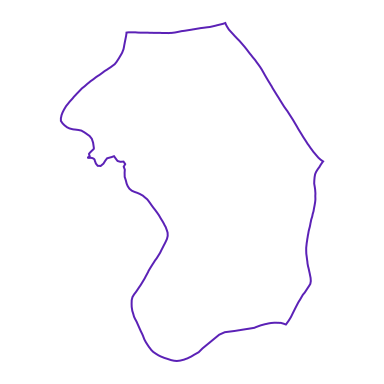 outline of Daw'an, Hadramawt, Yemen
{"feature_id": "15242507B41313951038201", "entity_name": "Daw'an", "entity_type": "district", "adm_level": 2, "iso_a3": "YEM", "parent_name": "Yemen", "parent_adm1": "Hadramawt", "projection": "orthographic", "projection_center": [48.292, 15.038], "detail": "fine", "context": "isolated", "style": "outline", "palette": "violet", "viewbox_px": 384, "rotation_deg": 0, "n_neighbors": 0, "source": "geoboundaries", "source_scale": "gbopen_adm2", "svg_char_len": 5545}
<svg xmlns="http://www.w3.org/2000/svg" viewBox="0 0 384 384"><path d="M323.1,161.4L322.6,161.1L320.5,159.6L318.6,157.9L318.3,157.6L315.9,154.8L314.3,152.9L313.5,152.0L311.1,148.7L310.9,148.5L309.4,146.3L308.5,145.0L307.7,144.0L306.9,142.7L305.5,140.5L303.2,137.0L302.0,135.0L301.7,134.5L299.9,131.6L298.3,129.0L296.9,126.5L295.0,123.3L293.0,119.9L291.4,117.4L289.4,114.3L287.3,111.0L286.6,110.1L285.6,108.7L284.1,106.6L283.6,105.8L281.4,102.3L281.1,101.8L279.9,99.9L278.6,97.7L278.2,97.1L276.6,94.6L274.5,91.2L272.7,88.3L272.0,87.0L271.4,85.9L270.6,84.7L269.8,83.3L268.9,81.9L268.0,80.4L266.7,78.2L266.4,77.7L264.6,74.6L263.4,72.4L263.2,72.1L261.8,69.6L260.2,67.1L259.0,65.4L258.5,64.7L256.7,62.3L255.1,60.0L252.8,57.3L250.8,54.7L250.0,53.8L248.7,52.1L246.9,49.7L244.6,46.8L242.1,43.9L239.5,40.9L237.0,38.4L235.6,36.9L235.1,36.4L234.9,36.2L233.2,34.3L230.9,31.8L229.1,29.8L228.9,29.6L227.4,27.2L227.0,26.6L226.0,24.7L225.3,23.0L224.5,23.3L223.1,23.8L219.4,24.7L216.5,25.4L215.9,25.6L212.5,26.4L209.8,27.0L208.0,27.2L207.0,27.3L204.1,27.7L200.7,28.1L199.0,28.4L197.2,28.7L194.3,29.2L193.0,29.4L191.4,29.7L188.2,30.2L185.1,30.7L183.7,30.9L181.8,31.1L178.5,31.8L175.0,32.5L171.7,32.9L169.0,33.0L168.5,33.1L167.5,33.0L165.4,33.0L163.7,33.0L161.7,33.0L160.8,32.9L158.2,32.9L155.8,32.9L155.0,32.9L151.7,32.8L149.8,32.8L148.1,32.7L147.4,32.7L145.2,32.7L142.0,32.7L138.4,32.6L137.1,32.5L135.1,32.3L133.4,32.3L131.8,32.3L128.8,32.3L127.0,32.5L126.5,32.6L126.5,33.1L126.1,35.9L125.5,38.9L124.9,41.9L124.5,44.0L124.2,45.5L124.0,46.8L123.5,49.2L122.1,52.8L120.5,55.6L120.3,55.9L118.9,58.3L117.0,61.2L116.7,61.7L116.4,62.1L114.7,64.2L113.5,65.1L112.4,65.9L111.1,66.9L109.9,67.7L108.2,68.8L107.4,69.4L104.6,71.1L102.4,72.8L99.4,75.0L97.9,75.9L96.1,77.1L94.7,78.2L93.7,79.0L92.6,79.8L90.7,81.1L88.8,82.7L87.4,83.8L84.6,86.3L81.9,88.4L79.8,90.6L77.9,92.6L76.7,93.8L76.0,94.6L73.9,96.8L72.8,98.2L72.1,99.0L71.0,100.2L69.7,101.6L67.9,103.9L66.9,105.1L66.1,106.1L64.6,108.6L64.3,109.1L63.9,109.8L62.5,112.6L61.5,115.3L61.2,116.9L60.9,118.1L60.9,118.8L60.9,120.9L61.3,121.5L62.6,123.4L63.4,124.2L64.5,125.3L66.7,127.0L66.9,127.2L69.4,128.4L72.4,129.2L73.5,129.4L75.5,129.6L77.8,129.9L78.5,130.0L81.4,130.6L83.1,131.6L84.0,132.1L85.8,133.3L86.9,134.1L89.6,136.0L91.8,138.8L93.1,142.7L93.9,148.2L93.7,149.0L93.3,149.4L91.9,150.7L89.9,152.7L89.0,153.9L89.4,155.7L89.7,156.1L89.7,156.5L88.4,157.1L88.0,157.4L88.0,157.7L88.3,157.9L89.3,157.9L90.9,157.8L92.0,158.0L93.1,158.4L93.8,158.8L94.3,159.3L94.7,160.0L94.8,160.7L95.4,162.2L95.9,163.6L96.0,163.7L97.7,165.8L99.9,165.9L100.6,166.0L102.5,164.4L103.4,163.7L105.4,160.5L107.1,158.3L111.1,157.2L111.3,157.2L114.0,156.2L115.9,158.8L117.0,160.3L117.6,161.0L119.3,161.5L120.4,161.8L123.5,161.6L124.7,163.3L125.2,164.1L123.7,166.7L124.8,169.6L124.6,172.8L124.7,177.0L125.1,178.1L125.9,180.6L126.6,183.5L127.0,184.5L127.8,186.3L129.2,188.4L129.4,188.7L131.8,190.7L134.5,191.9L137.4,192.9L140.1,194.1L140.4,194.3L142.8,195.6L143.6,196.3L145.0,197.5L146.6,198.8L147.2,199.3L148.4,200.8L149.2,201.9L150.5,203.7L151.1,204.6L151.6,205.3L153.2,207.5L155.1,209.9L155.4,210.3L155.9,211.0L157.1,212.6L157.5,213.2L158.9,215.2L159.7,216.6L160.5,218.0L162.4,221.1L162.5,221.2L164.0,223.9L164.4,224.8L165.7,227.1L166.7,229.9L166.8,230.1L167.6,232.7L167.7,235.9L167.0,238.8L166.7,239.5L165.6,241.9L164.5,244.1L164.1,244.8L163.5,246.0L162.8,247.4L161.4,250.1L160.1,252.8L158.3,255.7L156.6,258.4L155.3,260.1L154.5,261.3L153.9,262.3L152.4,264.6L150.4,267.8L148.6,270.8L148.1,272.0L147.4,273.3L145.6,276.6L144.9,278.0L144.1,279.4L143.6,280.2L142.1,282.7L140.3,285.6L139.3,287.0L138.3,288.5L136.9,290.6L136.0,291.9L134.0,294.5L133.6,295.2L132.5,297.0L131.9,299.3L131.7,300.2L131.6,303.9L131.7,306.9L131.8,307.6L132.3,310.9L132.5,311.5L133.2,313.7L134.0,316.6L135.1,319.0L135.3,319.3L136.7,321.9L137.3,323.3L138.1,325.1L139.6,328.5L140.9,331.4L141.3,332.2L142.2,334.0L143.2,336.3L143.3,336.7L143.9,338.2L144.4,339.5L145.8,342.1L147.4,344.6L148.2,345.8L149.0,347.0L150.2,348.5L151.2,349.9L153.2,351.9L155.7,353.6L158.4,355.3L160.0,356.1L161.3,356.7L162.6,357.2L164.3,357.9L167.5,358.9L171.1,360.1L173.9,360.7L176.8,361.0L180.1,360.6L184.1,359.6L185.6,359.0L187.4,358.4L189.2,357.5L191.1,356.6L193.1,355.4L193.7,355.0L196.2,353.6L198.0,352.6L198.7,352.2L202.5,348.4L219.2,334.7L224.8,332.2L234.3,331.0L254.4,327.8L255.7,327.2L258.4,326.2L260.6,325.4L261.3,325.2L265.0,324.2L267.0,323.8L268.2,323.5L269.8,323.2L271.1,323.0L274.7,322.7L277.9,322.8L278.0,322.8L280.9,322.9L283.7,323.7L283.9,323.8L285.9,324.5L286.7,323.5L287.0,323.0L288.4,321.1L290.0,318.6L291.0,316.9L291.4,316.1L292.7,313.4L294.3,310.2L295.6,307.6L296.9,305.1L298.2,302.6L299.2,300.9L299.9,299.9L301.5,297.1L302.9,294.7L304.7,292.6L306.6,289.7L308.5,286.8L309.1,285.9L310.3,283.9L310.8,281.1L310.6,278.0L310.0,275.0L309.7,273.4L309.4,272.1L308.8,269.3L308.4,267.6L308.1,266.6L307.5,263.4L307.4,262.0L307.1,259.9L307.0,259.1L306.7,256.7L306.3,253.7L306.2,250.6L306.2,247.8L306.3,246.9L306.5,245.0L306.6,244.1L306.7,243.1L307.1,240.6L307.3,239.0L307.6,237.4L307.9,235.4L308.2,233.9L308.7,231.0L309.2,229.0L309.8,226.8L310.2,224.8L310.5,223.1L310.8,221.8L311.2,219.7L311.5,218.7L312.1,216.9L312.2,216.5L312.7,214.0L313.5,211.3L314.0,208.4L314.6,205.3L314.8,204.1L315.1,202.3L315.3,200.6L315.4,199.1L315.3,196.0L315.4,193.9L315.4,193.2L315.2,190.5L315.2,190.1L314.8,187.2L314.2,183.6L314.3,180.5L314.6,177.1L315.1,174.3L315.6,173.0L316.2,171.7L317.7,169.3L319.0,167.5L319.5,166.9L319.9,166.1L321.0,164.3L322.2,162.6L323.1,161.4Z" fill="none" stroke="#5b21b6" stroke-width="2"/></svg>